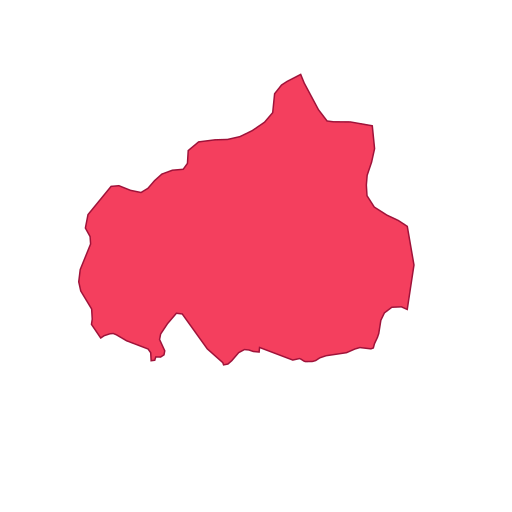 an SVG outline of Nayala, rotated 321°
{"feature_id": "BFA-2807", "entity_name": "Nayala", "entity_type": "Province", "adm_level": 1, "iso_a3": "BFA", "parent_name": "Burkina Faso", "parent_adm1": "", "projection": "orthographic", "projection_center": [-3.069, 12.674], "detail": "fine", "context": "isolated", "style": "filled", "palette": "rose", "viewbox_px": 512, "rotation_deg": 321, "n_neighbors": 0, "source": "natural_earth", "source_scale": "10m", "svg_char_len": 1386}
<svg xmlns="http://www.w3.org/2000/svg" viewBox="0 0 512 512"><g transform="rotate(321 256 256)"><path d="M428.3,228.0L415.7,247.2L404.9,255.8L393.2,263.2L386.4,270.3L380.2,279.0L378.7,292.4L383.4,306.5L389.0,318.1L392.2,328.2L373.1,362.4L339.9,392.7L337.0,387.0L329.3,381.3L320.0,381.0L312.6,384.5L302.6,393.5L299.1,395.7L292.9,398.7L289.3,401.3L286.9,400.5L279.1,392.5L274.3,390.5L265.5,388.1L247.7,377.6L241.5,375.3L236.6,374.8L233.5,373.5L228.0,369.2L227.2,368.0L226.0,364.4L225.3,363.1L219.1,360.0L201.2,329.3L198.0,332.6L193.8,328.5L191.3,324.5L188.1,321.4L181.7,320.2L171.3,322.1L166.2,322.3L162.3,320.2L163.1,318.0L159.7,297.5L162.2,254.6L158.1,250.4L144.6,252.9L132.8,256.6L128.5,260.2L125.4,272.3L122.3,274.9L118.3,274.5L114.6,271.4L112.4,272.8L111.7,273.3L108.6,271.4L113.3,264.9L113.6,260.3L102.1,240.5L97.9,229.3L96.3,226.4L93.5,224.5L87.9,222.4L83.7,222.0L85.1,205.6L89.0,202.0L94.9,193.8L97.8,172.9L102.0,164.5L110.9,155.9L135.0,142.6L139.3,136.5L141.0,126.9L151.5,118.1L187.2,110.7L193.7,115.1L199.8,126.0L206.6,134.3L214.6,135.4L224.6,133.6L234.4,133.1L245.0,136.7L254.0,142.8L261.0,140.9L269.7,131.4L283.2,131.2L297.2,139.9L307.2,147.5L318.6,153.1L332.0,156.2L346.9,157.4L359.2,155.1L372.6,141.6L383.4,139.2L390.1,139.9L405.0,143.0L402.3,151.9L396.6,181.6L396.2,195.8L400.7,200.5L413.6,211.1L428.3,228.0Z" fill="#f43f5e" stroke="#9f1239" stroke-width="1.5"/></g></svg>